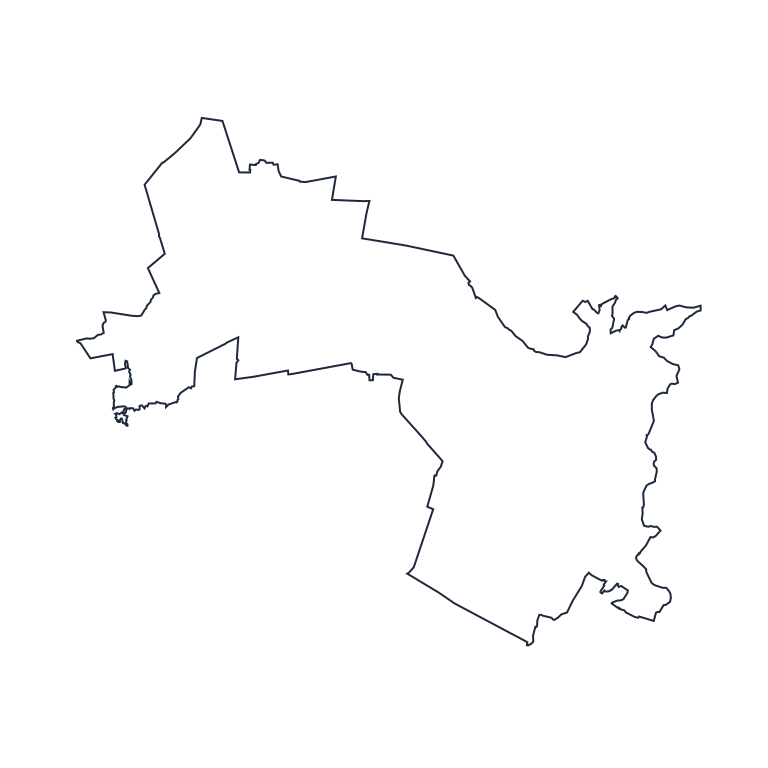 the district of Nalbant, Tulcea, Romania, rotated 277°
{"feature_id": "2599482B6965012888187", "entity_name": "Nalbant", "entity_type": "district", "adm_level": 2, "iso_a3": "ROU", "parent_name": "Romania", "parent_adm1": "Tulcea", "projection": "natural_earth1", "projection_center": [28.557, 45.014], "detail": "fine", "context": "isolated", "style": "outline", "palette": "slate", "viewbox_px": 768, "rotation_deg": 277, "n_neighbors": 0, "source": "geoboundaries", "source_scale": "gbopen_adm2", "svg_char_len": 6138}
<svg xmlns="http://www.w3.org/2000/svg" viewBox="0 0 768 768"><g transform="rotate(277 384 384)"><path d="M389.2,73.2L389.2,74.2L388.2,75.2L387.4,77.8L373.7,89.5L380.6,111.0L364.3,115.3L367.9,125.5L368.9,125.8L371.8,124.5L375.5,124.6L375.2,126.2L374.4,126.0L373.1,127.0L368.6,128.0L367.3,130.1L365.2,129.5L362.2,131.4L360.8,130.9L357.2,132.8L353.3,133.5L352.9,133.1L355.4,131.2L351.9,131.6L349.1,128.8L348.9,122.8L349.4,121.3L348.7,119.8L349.6,118.7L349.2,118.1L347.9,118.1L345.2,116.3L342.9,117.0L342.3,116.4L336.3,117.4L334.9,118.4L333.4,118.0L329.0,118.6L326.9,117.8L325.9,118.4L327.0,119.2L328.8,122.4L330.2,128.9L329.8,130.4L328.2,130.7L327.6,129.4L323.8,128.4L323.5,127.9L323.9,127.4L321.8,125.1L322.6,122.6L321.6,120.8L320.8,122.0L318.3,122.5L317.8,121.5L316.7,122.2L315.5,124.1L314.6,123.8L314.5,124.5L313.8,125.0L314.2,126.6L315.4,126.0L317.8,127.3L317.7,128.0L313.4,129.7L313.4,131.2L311.1,133.9L311.5,134.6L312.9,134.1L314.2,132.4L316.5,133.0L317.0,132.4L320.7,133.4L321.5,129.8L322.4,129.1L323.3,129.3L323.9,131.0L327.7,131.6L328.8,132.8L328.2,134.5L329.1,135.0L329.3,138.0L327.0,139.6L328.5,141.1L328.4,143.8L329.2,144.5L332.5,144.1L333.3,146.2L330.6,149.3L332.8,149.9L333.4,151.0L333.0,152.0L336.0,152.9L336.9,159.6L338.6,160.4L337.7,164.6L337.8,169.2L337.3,170.2L334.6,170.5L337.4,172.7L340.7,179.6L340.4,180.1L341.3,181.1L342.9,181.0L344.3,181.7L346.4,181.0L350.5,183.3L357.0,190.7L356.2,193.0L358.0,193.5L358.7,195.9L373.3,194.8L387.0,195.2L404.5,221.5L406.1,223.2L412.6,233.7L391.9,234.8L391.0,234.9L389.8,236.5L387.2,235.0L370.5,235.6L375.3,253.7L385.7,287.0L381.8,287.9L383.1,292.7L400.7,348.6L400.1,349.4L394.4,351.2L393.4,360.1L393.6,364.3L391.1,366.4L391.4,368.1L385.9,369.2L386.4,372.5L392.4,372.2L393.3,376.2L392.6,376.2L394.1,389.5L391.3,392.7L390.6,402.1L379.0,400.6L371.8,400.4L358.4,403.4L356.2,405.1L336.8,427.4L331.7,432.9L330.3,433.8L314.5,451.6L308.7,450.4L303.8,447.6L299.6,447.0L299.2,446.6L299.4,445.4L299.1,445.2L289.1,445.3L267.5,441.9L265.7,448.1L205.8,435.9L199.6,431.6L198.6,430.2L183.8,463.4L174.8,480.8L145.2,557.8L142.1,557.7L142.3,559.2L144.3,562.0L146.6,563.6L152.3,562.6L161.5,563.8L161.5,565.0L162.4,565.4L167.7,565.0L173.8,566.3L174.0,568.2L173.4,569.8L172.4,578.8L170.9,580.3L170.7,582.0L173.0,584.8L177.0,588.2L179.5,593.5L191.3,597.5L207.7,605.0L217.1,607.1L221.7,610.3L219.6,613.2L216.4,621.4L215.4,624.3L216.1,625.0L216.3,626.7L215.4,626.7L215.2,628.5L212.4,626.9L211.4,626.6L210.9,627.2L204.5,624.1L203.6,624.2L202.7,626.0L205.9,627.9L205.0,629.0L205.4,631.6L206.0,633.2L207.4,634.5L207.4,635.1L214.3,639.7L214.0,640.7L212.9,640.4L211.2,641.7L212.5,643.8L208.9,651.2L206.5,651.1L199.5,647.8L198.0,645.0L197.5,642.0L194.7,636.9L193.9,636.7L190.3,643.4L190.7,643.9L189.5,644.8L189.4,645.3L189.9,645.4L189.1,646.9L188.7,649.9L186.7,652.0L183.4,661.1L182.9,664.7L184.3,665.5L181.7,680.6L190.1,681.8L190.9,682.9L191.3,685.2L198.3,688.3L198.7,688.7L199.0,690.4L202.5,694.4L206.8,694.8L210.8,693.8L213.5,691.9L216.1,688.9L215.7,685.4L217.1,678.3L217.8,676.0L219.3,673.8L228.2,668.0L230.4,666.9L231.9,666.9L234.5,663.9L239.3,657.0L242.1,655.2L245.1,656.3L245.9,657.7L247.1,657.5L247.3,658.7L248.9,659.1L255.9,663.8L264.5,667.1L264.6,670.1L266.3,672.2L272.2,676.3L275.6,672.5L275.1,668.9L275.6,666.1L274.5,663.7L275.0,659.4L281.0,656.4L287.2,656.5L292.8,655.4L293.1,656.4L295.9,656.7L306.8,654.6L308.9,654.8L315.0,656.9L317.2,659.2L318.4,662.0L320.5,664.9L322.5,664.6L329.9,665.4L333.1,665.0L334.9,663.4L335.5,662.2L337.6,661.3L339.6,661.5L341.9,663.3L344.9,662.9L348.6,660.8L349.6,658.1L351.3,657.0L351.5,655.4L352.7,653.8L358.0,650.4L363.7,651.4L365.2,650.9L365.4,651.8L367.1,652.8L380.3,656.4L391.4,652.9L397.7,652.2L401.2,653.3L405.5,655.9L407.2,657.5L409.4,661.8L409.5,665.9L414.0,666.0L418.6,668.1L419.4,669.5L419.4,672.8L421.1,675.6L427.6,673.3L434.5,675.4L438.4,673.8L439.0,668.2L441.4,662.0L444.2,658.7L445.1,653.8L449.8,649.4L453.1,644.2L456.2,645.5L461.8,646.3L465.3,650.3L464.1,654.1L464.3,658.1L467.5,665.3L472.8,665.5L474.9,669.2L479.0,672.9L485.2,675.6L486.5,677.7L488.3,678.8L489.3,680.7L493.9,685.5L495.6,689.3L500.3,688.7L497.5,682.1L496.9,674.6L497.9,667.6L496.6,663.9L491.9,656.1L496.2,653.7L491.9,649.9L488.0,638.7L486.6,636.0L486.9,631.5L486.4,626.1L485.0,623.4L482.0,620.2L479.2,618.9L478.3,619.4L477.1,618.1L469.5,617.1L469.3,616.2L471.2,613.7L469.8,612.8L467.6,612.7L466.4,611.5L465.4,611.4L466.1,610.8L465.3,607.9L462.0,602.9L465.6,602.2L467.7,603.8L475.8,604.4L477.2,604.2L479.3,602.0L482.3,602.2L488.5,601.3L493.0,603.4L495.8,604.0L497.4,605.5L498.2,605.0L500.2,602.5L499.5,603.0L498.4,602.4L498.0,602.7L497.2,601.8L495.8,599.0L489.6,590.1L487.8,589.9L487.9,589.2L488.7,588.4L488.5,587.9L483.5,589.0L480.3,588.2L480.5,586.9L483.6,583.1L483.6,581.9L491.4,576.0L490.0,573.9L490.8,571.0L478.6,563.0L475.9,567.7L474.0,569.0L470.8,572.7L468.2,577.9L466.9,578.6L464.7,581.5L462.1,581.8L460.6,581.9L456.1,580.6L453.5,581.0L447.9,579.8L439.4,574.5L438.1,570.9L432.8,560.9L433.5,552.4L432.9,542.4L434.5,534.2L434.3,531.0L435.1,529.0L436.7,528.2L437.0,524.2L437.6,522.5L443.6,516.3L447.4,509.0L452.3,503.9L453.2,501.4L454.4,500.0L455.2,497.2L464.6,488.8L471.1,485.4L480.8,467.9L481.7,465.7L480.6,464.7L490.4,459.8L492.1,457.7L492.6,456.3L494.7,455.5L496.3,456.9L501.2,451.1L519.9,437.2L524.1,388.6L525.9,344.5L551.4,345.8L563.9,347.2L563.0,341.5L560.4,309.9L584.1,310.9L574.8,281.3L574.6,275.8L575.3,275.5L577.4,256.7L582.4,253.5L589.1,251.6L588.2,247.6L590.1,246.5L589.2,240.2L591.1,238.5L591.4,237.1L591.3,233.6L588.2,232.6L586.8,230.2L585.7,230.1L585.5,224.2L580.3,224.4L580.3,225.2L577.6,225.3L576.4,214.4L625.4,191.6L625.9,170.7L620.2,170.2L618.1,169.5L604.4,162.0L588.3,148.8L576.9,138.1L576.7,137.0L552.6,122.1L505.1,142.6L503.1,142.6L501.9,143.7L487.1,150.3L486.5,150.5L470.3,135.5L446.9,149.9L445.7,146.4L443.9,144.4L441.6,144.1L439.2,142.4L436.9,142.2L433.6,139.7L431.8,138.8L430.4,138.9L428.6,137.5L422.5,134.8L422.0,134.0L421.2,130.4L421.0,124.7L421.7,104.4L421.1,96.9L413.1,100.2L411.9,100.0L410.6,98.4L408.7,97.6L406.3,97.8L400.6,99.6L398.8,97.3L397.8,94.0L394.1,90.4L393.1,86.7L393.0,83.2L389.2,73.2Z" fill="none" stroke="#1e293b" stroke-width="2"/></g></svg>